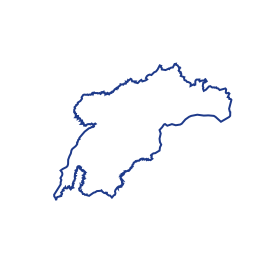 Khao Saming, Trat, Thailand, rotated 232°
{"feature_id": "78962969B42542221471350", "entity_name": "Khao Saming", "entity_type": "district", "adm_level": 2, "iso_a3": "THA", "parent_name": "Thailand", "parent_adm1": "Trat", "projection": "equal_earth", "projection_center": [102.413, 12.449], "detail": "fine", "context": "isolated", "style": "outline", "palette": "blue", "viewbox_px": 256, "rotation_deg": 232, "n_neighbors": 0, "source": "geoboundaries", "source_scale": "gbopen_adm2", "svg_char_len": 5776}
<svg xmlns="http://www.w3.org/2000/svg" viewBox="0 0 256 256"><g transform="rotate(232 128 128)"><path d="M117.4,27.7L115.3,26.9L115.4,27.0L116.1,27.6L116.2,28.2L117.0,28.9L117.1,29.8L115.6,33.3L116.3,33.5L116.2,34.7L116.8,35.6L118.2,35.5L118.7,37.5L118.4,38.7L119.4,38.7L119.4,39.4L120.0,40.5L119.5,41.2L120.0,42.3L118.8,42.0L118.0,42.7L118.1,44.3L118.7,44.7L118.4,45.8L117.3,45.4L116.3,46.3L116.1,45.9L116.6,45.3L116.4,45.0L114.9,45.1L115.3,46.5L114.7,48.2L115.2,48.2L115.6,47.1L116.3,48.0L116.6,49.4L117.4,49.8L117.6,51.0L117.8,51.1L118.3,50.5L119.5,52.3L119.4,53.4L120.4,54.3L120.6,55.3L122.2,55.8L122.5,57.4L123.3,56.9L124.6,58.1L124.9,58.6L124.6,59.3L125.5,59.5L125.7,61.1L126.8,60.8L126.6,62.2L128.4,63.9L128.6,65.0L128.2,65.8L127.6,65.5L127.1,66.3L126.5,65.7L127.1,65.7L127.1,65.1L125.9,64.8L125.6,65.0L126.1,66.4L125.8,66.7L124.8,65.5L123.8,65.5L122.9,66.2L122.8,65.5L122.3,65.6L122.4,66.3L121.9,66.2L121.4,66.9L120.1,67.1L119.8,66.5L119.2,66.9L119.2,66.5L118.4,66.1L118.8,65.4L118.1,64.9L118.4,63.3L116.5,63.4L116.5,62.2L115.6,62.6L115.9,61.8L114.9,62.1L115.1,61.0L114.4,60.2L114.4,59.3L113.8,58.8L113.4,59.1L113.4,58.5L112.2,59.1L111.8,58.8L111.9,57.7L111.1,56.7L111.3,55.8L112.0,55.7L111.4,55.4L111.4,54.7L110.1,53.8L110.5,52.9L110.4,52.2L108.7,51.3L108.0,51.5L107.7,52.4L107.2,51.8L105.8,52.4L103.8,51.8L102.9,52.8L101.7,53.0L101.0,54.6L100.3,54.3L98.5,55.6L98.2,61.1L97.6,62.4L97.4,64.7L95.3,67.8L95.2,68.7L93.6,68.6L91.5,69.2L90.5,70.1L90.7,70.8L90.2,71.2L89.8,71.0L89.7,71.3L88.8,70.7L86.7,71.3L85.8,72.3L83.1,72.5L83.7,75.3L83.4,76.7L84.4,78.0L86.0,78.7L86.8,79.8L87.6,82.5L87.5,82.9L87.0,82.9L87.7,83.3L87.7,83.7L87.3,83.5L87.3,84.6L86.8,84.6L86.4,85.3L86.8,85.9L85.8,86.7L86.4,87.8L86.8,87.6L86.6,88.4L87.1,88.7L86.7,89.3L87.0,89.8L87.3,89.3L88.3,89.9L88.7,89.7L90.2,90.8L90.3,91.3L89.9,91.6L90.5,91.6L90.5,92.3L91.0,90.7L92.0,90.9L91.9,91.3L92.4,91.6L93.1,91.3L94.1,92.3L94.1,93.6L94.6,92.8L94.7,93.5L95.0,93.4L94.8,93.9L95.7,94.5L95.4,95.7L94.4,96.1L94.6,96.8L95.3,96.8L95.0,97.7L95.4,98.4L96.0,98.6L95.6,99.5L95.0,99.5L94.4,102.0L94.0,101.8L93.7,102.2L94.2,103.6L94.0,104.0L95.0,105.3L94.9,105.9L94.4,105.7L94.4,106.3L95.0,107.1L94.9,107.7L95.4,107.6L95.4,108.3L96.3,109.0L96.4,110.3L97.2,111.2L96.9,112.3L97.2,113.6L96.4,114.1L96.6,115.0L95.4,116.6L95.7,117.5L95.4,118.0L95.8,118.6L95.2,120.3L94.8,120.6L94.2,120.2L94.1,121.4L93.0,121.4L92.4,123.3L91.1,123.0L90.9,123.6L91.4,124.2L91.3,124.7L90.0,124.6L89.6,125.5L88.8,126.0L88.8,128.3L90.3,128.2L91.3,129.5L92.2,129.2L92.5,129.7L92.4,132.3L91.4,134.0L90.8,139.0L93.1,141.3L94.4,143.9L97.2,144.5L100.2,146.3L103.5,150.4L107.0,151.6L107.6,155.4L108.6,158.4L108.3,159.6L105.6,160.4L104.0,165.0L100.8,167.3L98.6,171.2L98.3,173.0L99.4,178.5L99.2,183.1L98.6,185.3L95.8,190.8L91.1,195.4L88.4,199.2L84.7,203.1L82.9,203.8L75.7,205.1L74.4,214.5L74.7,216.0L77.6,218.4L78.3,218.3L80.9,219.5L86.5,226.8L87.5,226.8L88.5,225.7L89.8,226.4L90.9,225.6L92.7,229.1L93.8,228.9L94.6,227.1L95.2,226.8L95.8,226.9L98.0,229.1L99.2,229.1L101.5,223.6L103.6,223.4L104.8,222.4L105.6,222.6L106.3,221.2L106.9,221.0L108.1,219.3L110.3,218.6L110.9,217.3L110.2,213.1L110.6,210.6L112.8,211.3L113.5,212.3L115.0,212.7L117.2,215.1L116.5,216.7L116.4,218.8L118.8,219.0L118.9,218.5L118.2,217.3L119.2,216.5L120.2,214.6L120.5,213.2L121.5,213.3L122.3,214.1L124.0,211.7L123.8,210.5L123.3,209.8L120.7,207.7L121.0,206.6L122.0,206.5L122.6,203.2L124.0,204.6L125.1,204.8L127.1,203.8L128.0,202.9L129.7,202.9L130.9,202.0L133.2,203.0L133.4,203.6L136.6,201.6L137.6,203.2L139.0,203.7L139.2,203.4L139.5,203.9L141.1,203.2L142.1,203.3L142.3,204.2L143.2,204.7L143.3,206.1L143.8,206.1L144.0,205.4L146.9,205.6L148.5,204.6L149.1,205.3L149.7,204.1L148.1,200.6L149.1,199.0L149.1,198.0L149.6,197.1L149.2,196.7L149.8,196.3L150.5,193.3L153.3,190.7L154.7,191.6L156.3,191.4L156.6,192.3L157.8,191.6L155.9,187.4L155.3,185.0L155.8,182.7L155.3,179.1L156.7,178.0L157.2,176.6L157.2,174.7L156.3,172.8L154.5,173.0L154.7,171.1L155.9,168.0L157.7,168.1L157.8,166.2L157.4,163.3L159.6,161.6L160.0,162.7L162.2,160.0L164.3,160.7L165.1,160.4L165.0,157.7L165.7,157.5L164.7,156.0L165.7,155.0L164.9,154.8L164.3,153.5L165.3,152.7L165.1,150.9L165.8,150.6L166.2,149.7L167.1,149.0L166.3,148.0L166.5,146.0L165.7,144.7L166.5,144.4L166.7,143.7L166.6,143.2L165.9,143.3L165.6,143.0L166.4,142.4L166.7,141.4L166.1,140.1L166.3,139.5L165.7,138.5L166.4,137.7L165.8,136.8L165.9,136.4L166.6,136.0L166.1,133.8L166.3,133.7L166.5,134.5L166.8,134.5L167.6,132.5L168.0,133.6L168.3,133.5L168.4,131.3L168.9,131.9L169.6,131.0L170.3,131.3L170.8,130.6L171.5,131.0L171.5,130.4L172.2,129.9L172.5,129.2L171.8,128.8L171.8,127.3L173.0,127.2L173.8,125.5L174.4,125.4L175.8,123.5L176.8,123.2L177.0,122.6L176.2,121.1L177.5,121.2L177.1,119.1L178.2,118.1L178.5,116.9L179.3,116.7L179.8,115.6L181.3,114.0L181.6,113.0L180.7,110.3L179.4,109.8L178.6,107.1L178.9,104.4L178.7,103.7L177.9,103.4L177.7,102.2L178.0,101.5L177.6,101.3L177.3,98.7L176.1,98.5L175.7,97.1L173.8,95.4L173.0,95.9L172.2,95.1L171.2,95.8L169.6,94.1L168.9,95.1L168.7,93.3L167.9,94.2L167.5,95.3L166.4,94.3L166.5,95.2L165.8,94.9L165.5,95.9L165.0,96.1L163.4,95.4L163.2,94.8L162.3,96.4L161.7,96.2L161.1,95.1L160.2,95.7L160.0,93.7L158.5,95.7L157.0,95.0L156.7,95.8L156.2,95.6L155.7,96.1L156.0,97.7L155.8,98.6L154.9,100.0L154.0,100.6L153.9,102.1L152.1,102.6L151.7,104.9L151.2,105.0L151.6,102.7L150.2,102.2L150.2,101.5L150.3,101.0L150.9,101.0L151.1,100.6L151.2,98.6L151.8,97.0L151.8,91.6L150.4,84.6L150.0,83.3L149.1,83.0L149.3,81.6L148.3,80.2L148.0,79.1L147.5,79.1L147.1,78.2L146.5,77.9L145.9,75.5L145.8,71.3L145.2,69.7L143.1,67.2L141.7,64.3L139.8,61.3L136.5,58.6L135.4,57.1L135.1,55.4L135.9,51.4L136.0,48.7L133.6,48.7L132.2,48.0L131.3,47.0L130.1,43.9L128.1,43.5L126.8,41.6L125.0,40.2L120.9,28.7L119.5,27.8L117.4,27.7Z" fill="none" stroke="#1e3a8a" stroke-width="2"/></g></svg>